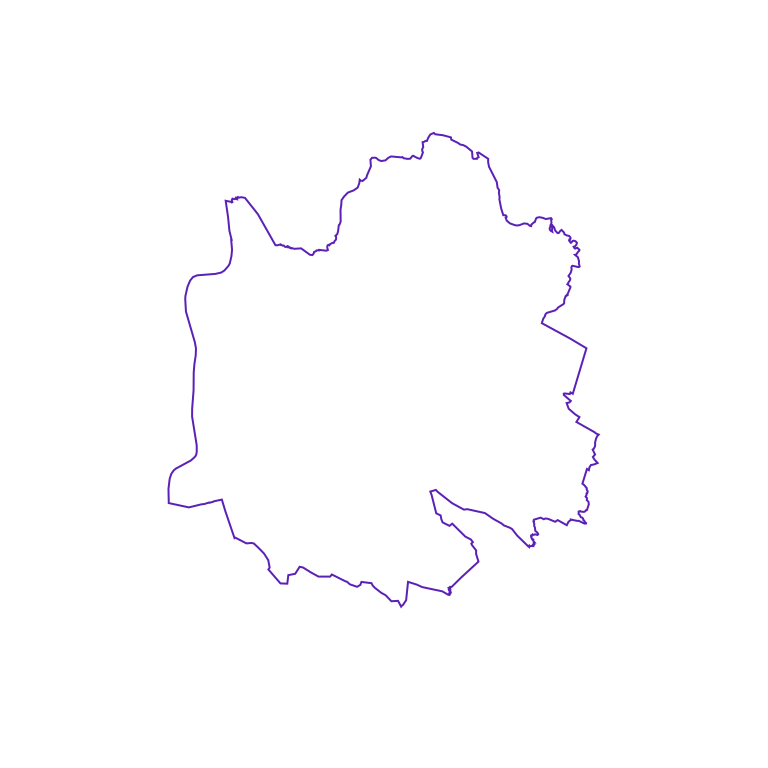 outline of Sventes pag., Daugavpils, Latvia, rotated 225°
{"feature_id": "27541924B80742795502066", "entity_name": "Sventes pag.", "entity_type": "district", "adm_level": 2, "iso_a3": "LVA", "parent_name": "Latvia", "parent_adm1": "Daugavpils", "projection": "robinson", "projection_center": [26.339, 55.911], "detail": "fine", "context": "isolated", "style": "outline", "palette": "violet", "viewbox_px": 768, "rotation_deg": 225, "n_neighbors": 0, "source": "geoboundaries", "source_scale": "gbopen_adm2", "svg_char_len": 6166}
<svg xmlns="http://www.w3.org/2000/svg" viewBox="0 0 768 768"><g transform="rotate(225 384 384)"><path d="M625.5,401.6L612.2,391.7L601.6,383.0L593.7,378.2L594.0,377.9L586.3,371.4L582.2,366.4L578.3,360.2L577.5,357.5L577.1,351.4L577.9,347.7L581.1,342.6L592.9,328.8L594.7,324.5L594.2,320.0L591.7,313.8L586.7,305.9L584.8,303.7L575.3,295.2L547.3,279.8L542.0,276.1L537.3,271.0L532.3,264.2L526.7,257.6L514.2,244.9L502.3,231.0L496.7,225.3L473.2,208.3L468.4,203.6L467.1,201.7L466.4,200.1L466.2,198.0L466.5,193.3L471.3,177.2L471.6,174.2L470.8,169.9L468.5,165.4L462.3,157.5L452.0,147.6L434.7,158.8L427.9,170.0L426.2,172.0L423.9,176.5L423.5,176.5L421.5,179.9L421.4,180.7L416.9,187.6L406.3,181.9L380.9,169.4L380.9,170.1L368.6,174.0L365.2,178.0L363.2,179.2L357.1,179.4L349.1,179.3L341.3,177.6L335.7,173.8L335.0,173.2L334.6,171.1L316.2,169.8L311.2,174.4L316.5,181.2L312.6,187.0L314.4,195.1L311.5,197.0L302.4,199.1L294.1,201.5L285.9,209.7L286.2,212.4L271.5,217.3L270.5,218.0L266.5,218.2L259.6,221.6L258.7,225.3L260.0,228.1L252.0,234.3L249.5,233.5L246.6,233.4L238.3,234.4L233.5,235.8L225.2,235.6L220.7,240.6L214.5,238.7L214.7,240.0L214.3,240.9L215.5,246.8L227.1,261.1L219.0,265.3L213.4,267.4L196.2,278.6L189.5,280.4L188.5,281.2L188.6,281.6L189.7,282.1L189.5,282.5L190.1,283.0L189.1,283.3L189.3,283.8L190.7,284.6L192.2,284.5L192.1,285.5L192.8,285.3L192.9,284.6L194.1,285.4L193.1,286.4L193.9,286.9L193.9,287.3L193.0,287.7L192.7,288.3L192.6,301.8L191.6,325.2L198.8,329.0L201.2,331.5L207.9,332.3L209.4,332.9L209.3,335.0L212.6,335.5L218.6,333.6L237.0,333.5L237.4,330.0L244.6,327.6L247.8,328.9L251.0,331.1L255.6,329.5L271.7,339.1L275.2,340.7L272.4,345.8L269.6,345.7L251.5,347.9L238.6,351.7L236.7,354.3L221.4,364.1L211.4,365.9L202.3,368.5L199.2,368.8L193.3,371.4L190.8,372.0L182.8,371.0L166.9,371.2L166.7,371.9L166.4,371.8L166.8,372.5L166.0,372.5L165.3,373.4L165.0,374.6L164.4,374.4L163.8,375.0L164.6,375.7L164.2,376.0L164.3,376.7L165.7,377.2L165.8,377.7L165.4,377.8L166.2,378.3L165.9,378.5L169.0,378.9L168.8,379.5L170.8,379.4L172.1,380.1L172.6,380.6L172.3,381.0L172.8,381.2L172.3,382.4L172.5,382.8L171.5,383.1L170.9,384.5L168.7,385.8L168.8,386.9L170.8,387.4L173.1,387.1L175.9,389.3L177.6,389.9L178.7,391.3L180.8,392.3L180.7,392.8L181.9,393.4L182.0,394.2L178.7,400.3L175.3,401.4L174.8,403.0L172.8,404.6L165.6,407.6L164.9,410.6L154.9,413.4L156.0,416.6L156.0,419.0L155.3,420.5L155.6,420.6L150.9,423.6L149.4,425.0L143.6,427.0L142.5,428.2L142.8,428.6L144.7,428.4L145.1,428.8L146.9,428.8L146.9,429.1L148.2,429.6L149.2,429.7L150.6,429.0L153.2,429.8L154.4,429.6L156.2,431.5L155.4,432.8L155.0,432.7L152.2,434.9L151.6,436.5L152.0,437.5L151.4,438.5L154.2,443.9L156.2,445.3L158.6,445.3L159.8,446.9L161.8,446.9L162.2,448.5L163.3,449.7L163.0,450.3L163.6,450.8L163.7,451.7L164.5,452.4L165.6,452.5L166.7,453.2L166.9,453.7L171.1,454.1L173.2,453.8L180.4,467.4L178.2,467.9L179.7,470.1L180.4,473.0L178.5,475.8L177.1,479.2L181.9,479.4L184.7,480.1L184.9,483.4L190.1,485.2L189.9,486.5L190.6,488.8L191.3,489.9L193.3,491.8L195.5,495.4L196.4,498.0L196.4,500.0L199.3,498.9L201.0,498.8L221.1,493.2L222.4,498.8L227.4,497.7L235.9,497.1L241.4,499.7L239.8,502.2L239.9,504.1L249.0,503.4L250.0,504.3L249.4,505.2L245.5,508.3L246.2,509.9L243.6,510.6L266.1,552.4L284.0,547.9L315.4,538.6L317.5,542.6L318.1,545.6L319.1,547.3L319.2,548.8L319.0,549.7L315.1,556.9L314.7,559.2L315.0,561.3L313.6,567.5L313.7,568.4L316.0,571.0L317.5,574.1L317.2,576.0L317.7,575.7L317.7,577.3L320.5,584.1L321.0,584.7L324.9,584.2L324.9,585.3L325.4,586.1L325.8,588.7L326.4,589.9L327.1,590.4L329.9,590.8L330.7,594.9L332.4,597.8L334.1,599.1L334.5,600.3L334.2,601.0L329.2,604.1L328.8,604.7L328.8,605.5L331.3,606.9L333.0,608.8L336.5,610.7L340.3,610.4L339.6,611.5L340.2,614.5L340.2,616.4L340.7,617.1L343.7,617.0L344.6,614.9L345.0,614.7L346.9,615.1L346.3,616.5L346.5,618.7L347.4,620.2L348.3,620.4L349.7,620.3L351.2,619.5L351.8,618.2L351.5,616.5L351.8,615.9L354.6,616.3L355.1,617.3L354.5,617.6L355.1,619.0L356.3,619.6L358.0,619.5L359.8,618.3L362.3,617.5L363.8,618.4L367.4,618.5L367.6,616.6L367.2,614.5L368.0,613.4L371.6,613.6L374.3,615.0L377.3,615.3L377.4,614.6L377.0,614.0L375.5,613.5L374.0,611.5L372.7,610.7L374.6,610.2L375.9,610.4L377.1,611.4L377.4,612.6L378.6,614.0L378.9,615.3L379.9,616.7L382.1,618.5L382.0,619.2L383.2,619.4L386.2,615.1L389.5,613.6L392.2,611.7L393.5,609.6L393.5,608.6L391.9,605.1L392.3,604.4L392.5,600.9L391.6,599.7L392.6,599.0L395.8,598.7L398.5,596.6L400.7,591.8L402.4,589.8L403.9,588.8L408.6,586.6L412.7,586.3L415.6,587.6L415.4,588.8L415.8,589.2L417.3,589.3L419.0,587.7L425.3,591.0L433.2,596.3L434.3,597.8L437.9,600.4L439.6,602.5L442.5,603.1L447.0,606.5L463.4,611.9L467.1,614.4L469.6,616.9L480.8,614.6L481.5,613.3L477.5,611.3L478.0,609.8L477.5,609.0L479.9,606.5L481.3,606.5L486.2,610.7L493.6,610.0L496.8,609.0L499.5,607.2L501.8,606.9L509.2,604.4L511.1,605.7L518.2,601.6L524.4,596.8L526.3,596.8L527.7,593.0L526.8,589.3L525.5,586.2L526.5,585.3L526.9,583.6L527.7,582.3L523.7,579.2L523.0,576.9L521.3,575.6L520.3,575.4L517.8,570.0L517.9,568.6L520.4,567.3L524.8,566.0L525.1,565.3L524.8,561.8L526.6,559.8L529.8,557.5L531.4,557.5L531.8,556.7L539.9,549.9L540.9,547.0L541.1,543.2L543.6,539.7L546.1,538.6L549.3,538.3L550.4,537.7L552.4,535.4L552.2,533.0L547.2,528.7L543.5,519.4L542.3,517.4L542.7,512.5L544.0,511.4L545.6,511.3L543.4,508.4L541.5,504.3L542.3,499.6L544.9,493.8L544.8,488.4L544.0,483.9L541.1,480.7L537.9,476.4L529.4,468.1L528.1,465.1L528.3,464.4L524.6,459.7L523.0,456.9L523.1,454.4L522.3,454.4L520.4,452.7L520.0,451.7L520.0,450.2L519.3,448.2L520.3,447.3L521.0,444.7L520.7,443.5L521.7,443.1L521.9,442.3L521.5,441.3L520.3,440.1L518.4,439.1L519.0,437.5L524.7,433.0L524.3,432.6L526.2,430.7L526.0,430.0L526.8,427.7L526.0,426.7L525.8,424.5L527.8,423.0L538.5,421.3L543.0,416.2L545.5,414.8L545.4,414.4L546.8,413.7L547.4,414.0L549.1,413.5L548.8,412.8L549.6,412.8L549.5,412.5L550.7,411.1L552.9,411.0L553.6,410.1L555.6,409.7L555.5,409.3L556.1,409.2L557.3,406.9L558.9,405.4L593.2,414.9L613.9,417.3L617.0,415.2L618.3,413.2L619.5,413.0L619.6,412.5L619.0,411.6L620.5,411.1L620.4,410.7L619.1,410.4L620.1,409.8L620.6,408.7L622.2,407.9L621.7,406.4L619.8,405.4L620.0,404.7L620.8,404.7L625.5,401.6Z" fill="none" stroke="#5b21b6" stroke-width="2"/></g></svg>